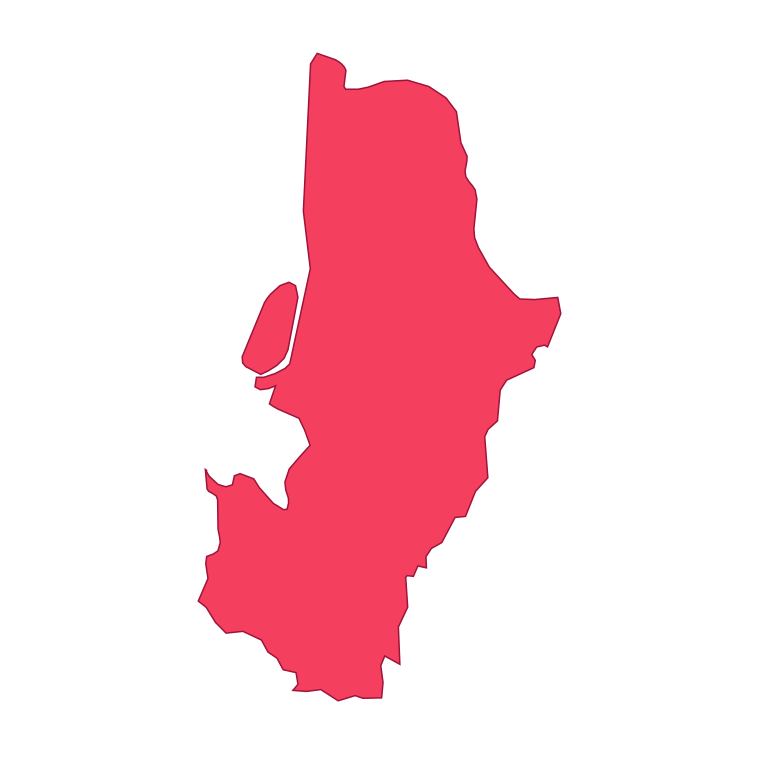 Kent, Equal Earth projection, rotated 277°
{"feature_id": "GBR-3409", "entity_name": "Kent", "entity_type": "Administrative County", "adm_level": 1, "iso_a3": "GBR", "parent_name": "United Kingdom", "parent_adm1": "", "projection": "equal_earth", "projection_center": [0.675, 51.199], "detail": "fine", "context": "isolated", "style": "filled", "palette": "rose", "viewbox_px": 768, "rotation_deg": 277, "n_neighbors": 0, "source": "natural_earth", "source_scale": "10m", "svg_char_len": 1948}
<svg xmlns="http://www.w3.org/2000/svg" viewBox="0 0 768 768"><g transform="rotate(277 384 384)"><path d="M219.5,237.0L248.6,233.0L252.4,231.2L254.5,227.1L256.1,223.1L258.2,221.2L277.4,217.1L276.7,218.4L275.3,218.6L271.2,221.7L264.1,231.5L262.7,239.6L265.5,245.8L274.7,246.7L277.5,252.1L274.0,266.3L266.2,272.6L252.0,288.7L247.1,299.4L247.8,303.0L254.1,303.8L259.1,303.0L266.9,299.4L274.6,297.6L288.1,300.3L301.5,309.2L314.2,318.1L328.3,311.0L339.6,303.8L346.0,282.4L348.2,276.9L350.3,272.7L369.0,276.6L365.3,269.8L363.3,261.9L365.5,256.3L375.1,256.6L376.0,263.9L381.0,274.5L387.4,283.9L392.5,288.0L489.4,296.8L545.8,282.9L692.8,272.1L704.0,277.4L699.9,296.3L698.3,299.9L696.2,303.3L693.6,306.1L690.6,308.0L674.4,308.0L671.9,310.0L673.4,322.4L676.7,332.1L684.3,347.4L688.4,370.3L684.7,392.3L675.5,410.7L663.1,422.7L632.7,431.0L620.2,438.7L615.0,439.1L605.1,438.5L599.7,440.0L595.2,443.7L591.3,447.8L587.9,450.7L578.8,453.7L548.9,454.3L540.0,456.2L530.7,461.2L512.8,474.3L489.5,501.7L484.9,508.4L486.2,523.4L491.1,545.9L475.3,550.9L440.8,541.8L442.1,538.5L439.3,531.0L431.3,527.1L425.9,531.3L418.5,530.8L402.7,505.2L392.1,500.1L361.2,501.1L351.8,492.9L344.0,490.4L303.6,498.5L288.6,487.9L262.5,481.0L260.2,470.8L233.7,460.7L226.6,451.1L217.8,446.7L206.7,448.5L207.5,439.8L196.7,436.6L196.6,430.4L194.8,429.1L165.4,434.7L144.6,427.9L107.7,433.9L114.1,417.9L104.1,415.1L87.7,419.4L72.2,419.9L69.5,401.3L71.2,393.4L64.0,377.1L73.0,358.5L69.4,344.4L68.8,330.9L75.4,335.2L86.8,331.9L88.1,318.8L98.8,311.2L103.8,301.5L114.9,293.6L121.3,274.1L120.0,268.4L117.5,257.6L126.8,245.8L140.6,234.8L145.9,226.1L169.5,233.0L183.9,229.0L191.2,229.0L194.3,235.0L198.1,239.5L206.6,240.8L212.0,239.5L219.5,237.0ZM459.4,260.5L469.0,268.8L473.4,277.3L470.8,284.2L459.5,288.0L406.3,284.5L397.3,281.7L389.3,275.3L382.9,267.5L378.5,260.5L384.4,244.7L387.6,241.2L393.6,239.9L450.0,255.4L454.4,257.4L459.4,260.5Z" fill="#f43f5e" stroke="#9f1239" stroke-width="1.5"/></g></svg>